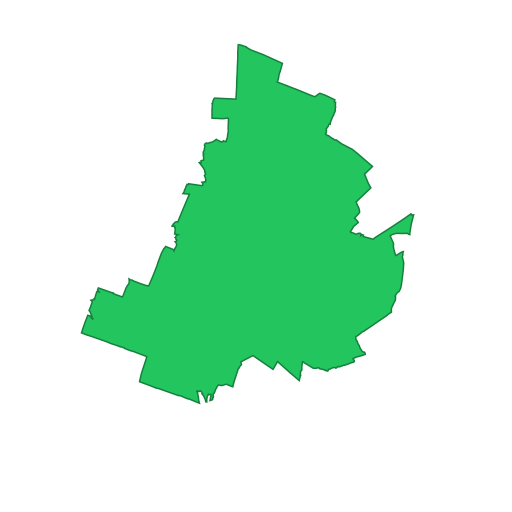 outline of Gorbanesti, Botosani, Romania, rotated 39°
{"feature_id": "2599482B80861129440907", "entity_name": "Gorbanesti", "entity_type": "district", "adm_level": 2, "iso_a3": "ROU", "parent_name": "Romania", "parent_adm1": "Botosani", "projection": "albers", "projection_center": [26.871, 47.774], "detail": "fine", "context": "isolated", "style": "filled", "palette": "green", "viewbox_px": 512, "rotation_deg": 39, "n_neighbors": 0, "source": "geoboundaries", "source_scale": "gbopen_adm2", "svg_char_len": 6120}
<svg xmlns="http://www.w3.org/2000/svg" viewBox="0 0 512 512"><g transform="rotate(39 256 256)"><path d="M384.2,300.3L383.9,298.4L384.8,297.1L385.5,295.4L386.5,293.9L387.8,292.9L388.4,293.0L388.7,292.8L389.1,291.6L389.0,290.8L389.3,290.1L389.5,289.9L390.3,290.0L390.6,289.6L392.5,286.5L392.7,285.8L393.4,285.4L395.8,281.7L397.0,279.3L398.5,277.4L398.8,276.4L398.6,275.8L398.1,275.4L396.0,274.8L397.2,272.0L400.7,267.1L402.8,263.8L402.1,262.9L400.6,262.5L399.7,263.2L398.6,263.3L396.4,262.5L395.8,262.5L393.3,261.2L392.8,260.7L390.6,260.1L388.3,258.5L387.5,258.5L386.1,257.8L385.5,257.4L384.4,255.9L385.4,252.9L386.1,249.6L386.1,248.8L387.1,246.8L395.0,220.4L395.3,219.4L395.2,218.7L396.6,214.4L394.5,212.0L394.1,211.2L392.4,204.5L392.2,203.0L392.0,202.4L390.9,200.8L389.8,199.6L389.5,199.8L389.2,199.3L388.9,195.5L389.5,193.5L388.9,190.5L387.3,187.2L384.7,182.9L379.0,173.8L375.2,168.5L374.2,167.6L370.3,164.6L369.7,163.1L368.4,161.4L367.7,159.8L367.4,160.1L366.4,162.1L364.5,167.6L363.5,167.3L358.8,163.9L356.6,162.0L355.5,160.2L354.5,159.5L347.6,155.9L348.3,153.8L349.4,152.0L350.9,150.0L355.1,146.8L359.4,143.1L360.8,143.1L362.1,142.6L361.2,141.5L356.6,133.5L352.6,124.8L351.1,126.3L349.9,125.7L347.7,133.5L343.0,148.6L337.0,166.6L336.5,169.2L327.1,173.4L326.4,172.1L325.1,172.6L324.6,173.6L324.5,174.2L323.7,172.9L323.3,172.6L323.0,172.7L321.5,173.6L320.3,175.8L319.7,176.3L318.1,176.6L317.2,177.0L316.2,177.2L315.7,177.8L315.1,177.6L314.6,177.9L314.0,177.8L313.8,175.2L313.6,173.3L313.2,171.8L313.8,168.9L314.4,165.6L313.2,165.1L310.0,164.6L309.3,164.8L308.8,164.6L309.1,159.3L309.1,157.1L308.3,156.0L305.8,154.0L303.3,152.9L299.8,151.0L300.4,146.1L302.4,130.8L297.5,128.8L288.9,124.1L290.2,113.1L270.8,112.5L263.7,112.5L252.0,114.9L245.2,115.3L244.2,116.3L243.8,116.4L242.1,116.3L241.2,116.6L239.2,116.8L236.7,116.8L235.9,117.3L233.4,117.6L233.1,117.4L233.0,116.9L233.1,116.5L232.9,115.6L231.6,113.9L230.6,113.1L230.5,110.0L230.1,108.7L230.0,108.1L230.1,107.6L229.9,107.3L230.7,106.9L229.9,105.6L229.1,103.5L228.1,100.2L227.6,97.5L226.8,95.6L226.8,94.8L226.1,93.1L225.4,92.1L224.7,91.6L224.5,90.9L224.3,90.3L223.8,89.8L222.8,89.1L222.6,88.4L222.1,88.0L221.2,86.5L219.8,86.9L219.0,85.0L208.8,87.4L203.3,89.3L202.7,90.7L201.6,95.1L198.8,96.2L185.1,100.3L163.1,107.4L161.8,104.0L159.6,100.2L158.6,97.2L155.3,89.7L134.8,95.0L122.3,99.1L116.6,99.9L116.6,99.7L111.5,101.6L109.2,102.9L113.8,109.4L117.1,113.4L122.8,121.2L125.1,124.1L131.4,132.8L134.4,136.6L141.7,146.7L124.5,159.3L124.3,160.1L125.0,162.5L125.9,164.2L125.9,165.3L126.5,165.5L127.9,167.3L129.6,169.8L135.1,176.6L143.9,170.1L145.4,168.6L146.7,167.0L148.1,166.5L154.3,174.7L156.2,176.8L157.0,178.5L159.3,182.2L160.0,184.6L160.8,185.7L160.4,186.2L159.1,186.8L158.2,186.8L158.1,187.3L158.1,188.2L157.6,189.1L156.7,189.2L155.4,189.8L154.7,189.7L153.5,190.2L151.7,190.3L151.3,192.1L150.4,194.8L148.9,196.7L147.6,198.9L146.5,199.2L145.7,200.5L145.9,201.1L146.1,202.3L147.4,203.1L147.9,203.7L147.9,204.1L148.3,204.8L148.3,205.1L149.2,206.1L149.1,206.5L149.4,207.2L149.4,207.7L149.6,208.1L149.6,208.5L150.6,209.6L151.3,209.6L151.4,210.1L151.3,210.5L151.5,210.9L153.1,212.1L154.9,214.5L153.3,216.5L154.7,218.1L154.1,218.9L153.4,218.7L153.1,219.2L155.3,219.6L159.6,220.7L162.1,221.7L163.5,223.1L164.4,223.3L165.0,224.0L165.4,224.2L165.2,224.8L165.3,225.2L165.2,225.9L167.4,227.1L169.4,228.7L169.6,229.7L169.3,230.7L169.6,230.7L167.8,232.4L167.5,232.8L169.2,233.1L170.1,234.9L168.5,236.1L158.1,242.3L158.4,243.1L157.3,243.8L157.6,244.6L157.8,245.8L158.7,248.2L158.8,249.4L159.8,251.5L159.9,253.5L165.3,249.9L170.9,269.2L173.3,277.3L173.9,278.8L172.6,279.4L171.9,280.5L171.9,281.5L171.6,283.3L172.0,283.6L172.0,283.9L171.7,284.7L171.9,285.6L172.1,285.8L172.3,285.6L174.0,284.0L175.0,284.7L174.9,285.1L175.3,285.2L175.8,285.7L176.0,285.6L176.6,286.2L178.9,290.1L182.0,288.6L181.2,290.1L181.2,290.5L181.6,291.7L181.5,292.6L182.5,292.6L183.1,293.3L184.6,293.6L184.7,294.1L184.6,295.1L184.1,295.8L185.8,296.1L187.6,297.6L188.1,299.8L188.3,301.8L189.1,303.6L187.2,303.1L179.7,305.5L179.9,306.1L180.0,307.3L179.7,308.0L180.8,313.5L183.5,321.6L185.3,326.3L188.7,337.1L191.4,346.8L188.9,348.2L183.7,350.1L175.8,352.7L175.0,352.6L174.4,353.1L173.4,353.5L171.7,353.7L173.6,355.6L174.5,357.3L174.7,358.7L174.6,359.4L175.2,363.0L177.3,369.2L178.0,371.9L170.2,374.6L168.6,375.0L168.4,374.5L166.8,375.3L153.6,380.0L154.3,382.3L156.6,382.8L154.9,383.8L154.8,384.0L156.1,387.5L157.8,391.3L157.1,391.3L156.6,393.3L155.8,393.8L155.5,394.3L157.6,394.6L159.8,400.8L160.6,403.5L161.9,403.7L166.0,405.9L166.5,406.2L167.5,407.5L168.8,407.4L168.8,407.8L167.3,407.8L164.9,407.0L162.6,407.9L164.8,414.9L167.3,421.8L168.8,425.6L174.8,423.6L178.8,422.0L193.7,416.7L198.5,415.3L203.3,413.4L207.4,412.1L207.7,412.0L207.7,411.7L210.7,410.7L211.4,410.2L212.1,410.5L213.8,410.0L218.6,408.4L220.4,407.5L234.4,402.9L236.0,406.6L240.2,417.7L241.3,420.3L244.6,427.0L255.0,423.5L261.0,421.6L261.6,421.6L262.3,421.0L263.8,420.3L283.5,413.3L285.4,412.1L290.9,410.6L293.2,409.8L293.9,409.3L304.7,406.0L302.3,404.2L299.4,401.3L298.3,400.7L297.0,399.3L295.8,398.8L295.0,398.0L295.1,397.8L295.6,397.6L296.2,397.6L297.0,397.2L297.6,396.5L297.5,396.0L297.7,395.8L299.4,395.9L300.3,396.4L300.6,396.7L300.7,397.1L301.3,396.7L302.3,397.5L303.2,397.6L304.7,398.3L305.7,399.0L306.1,398.9L308.8,400.9L309.6,400.4L307.9,398.3L306.8,396.3L306.5,395.5L306.4,394.6L305.9,393.6L306.2,393.1L306.4,393.0L307.0,393.1L308.2,392.0L308.5,392.2L311.2,397.3L312.5,395.4L312.5,394.5L311.6,393.2L311.8,392.8L311.6,392.2L310.5,391.4L309.7,390.1L309.6,389.5L309.8,389.1L309.8,388.7L308.5,384.8L308.4,383.3L308.0,382.0L307.9,379.9L310.5,378.6L311.2,377.9L312.8,375.4L314.1,374.0L315.2,373.9L320.3,372.3L318.2,367.8L313.1,354.5L313.4,354.1L313.0,352.2L312.9,351.1L313.1,349.7L310.9,347.7L316.3,335.3L340.6,333.4L339.2,324.5L356.2,325.3L368.0,325.6L366.9,323.5L365.8,320.6L365.3,320.8L364.2,318.8L363.3,317.7L363.2,317.1L363.4,316.6L363.4,315.8L361.0,312.8L358.7,308.9L371.1,307.2L372.8,306.0L375.1,303.3L376.4,303.6L380.7,301.4L381.9,301.5L382.4,300.6L383.0,300.8L384.2,300.3Z" fill="#22c55e" stroke="#15803d" stroke-width="1.5"/></g></svg>